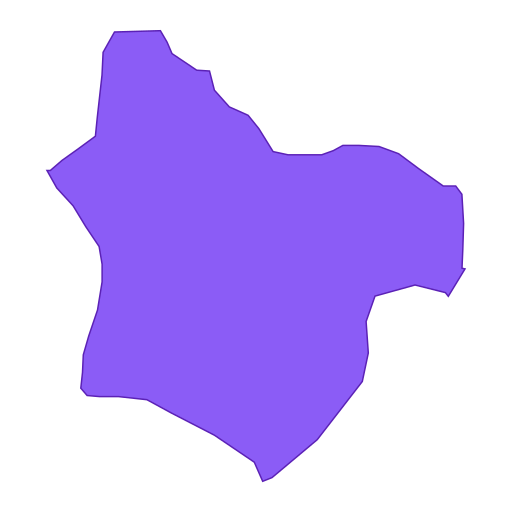 the Statistical Region of Bogdanci
{"feature_id": "MKD-2996", "entity_name": "Bogdanci", "entity_type": "Statistical Region", "adm_level": 1, "iso_a3": "MKD", "parent_name": "North Macedonia", "parent_adm1": "", "projection": "orthographic", "projection_center": [22.578, 41.189], "detail": "fine", "context": "isolated", "style": "filled", "palette": "violet", "viewbox_px": 512, "rotation_deg": 0, "n_neighbors": 0, "source": "natural_earth", "source_scale": "10m", "svg_char_len": 886}
<svg xmlns="http://www.w3.org/2000/svg" viewBox="0 0 512 512"><path d="M448.3,296.3L445.4,292.6L415.0,285.0L375.0,296.1L366.1,321.5L368.3,353.0L362.3,381.5L317.2,439.7L272.0,477.6L262.7,481.3L262.2,480.2L254.3,462.2L214.4,435.2L171.9,413.3L146.9,399.7L118.6,396.6L99.6,396.6L87.1,395.5L80.8,388.2L82.5,372.5L83.3,354.8L88.7,336.1L97.5,310.1L102.1,281.9L102.1,264.2L99.1,246.5L85.8,226.7L73.1,205.8L56.8,188.0L47.0,170.5L50.3,170.5L62.0,160.4L78.0,149.0L95.4,136.2L97.3,117.2L102.0,75.2L103.1,52.3L114.5,32.0L160.4,30.7L167.1,42.2L172.0,53.6L196.7,70.2L209.5,71.0L214.4,90.2L229.3,106.9L248.1,115.3L258.9,128.7L273.1,151.6L288.0,154.8L308.4,154.8L321.7,154.8L333.4,150.6L342.9,145.4L358.6,145.4L379.0,146.5L398.6,153.7L418.2,168.3L443.2,186.0L455.7,186.0L461.9,194.3L463.6,223.5L462.8,249.6L462.0,268.2L465.0,268.9L448.3,296.3Z" fill="#8b5cf6" stroke="#5b21b6" stroke-width="1.5"/></svg>